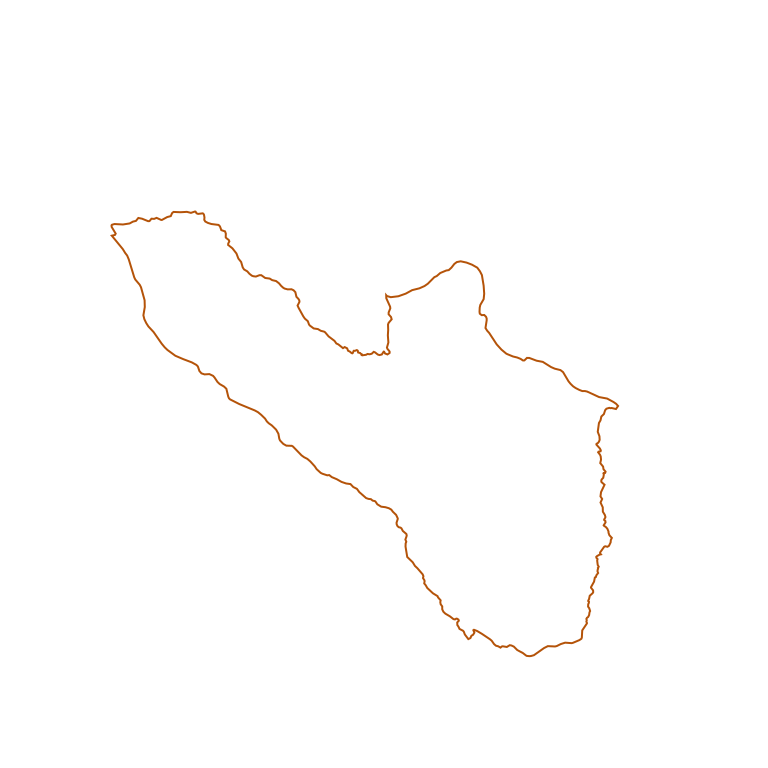 Valparaíso, Antioquia, Colombia (Natural Earth projection), rotated 308°
{"feature_id": "7082276B83090451858896", "entity_name": "Valparaíso", "entity_type": "district", "adm_level": 2, "iso_a3": "COL", "parent_name": "Colombia", "parent_adm1": "Antioquia", "projection": "natural_earth1", "projection_center": [-75.63, 5.665], "detail": "fine", "context": "isolated", "style": "outline", "palette": "amber", "viewbox_px": 768, "rotation_deg": 308, "n_neighbors": 0, "source": "geoboundaries", "source_scale": "gbopen_adm2", "svg_char_len": 6148}
<svg xmlns="http://www.w3.org/2000/svg" viewBox="0 0 768 768"><g transform="rotate(308 384 384)"><path d="M234.9,607.5L237.0,608.5L239.4,607.9L241.3,608.6L243.7,608.3L245.0,606.0L245.7,606.2L245.9,606.8L246.7,609.5L247.4,615.0L248.1,624.7L248.0,626.9L246.8,630.9L246.7,633.4L247.6,635.4L248.0,638.1L249.6,638.4L250.4,639.0L252.4,642.7L255.6,643.9L256.4,645.4L257.0,648.0L256.4,652.9L257.5,659.1L257.5,662.9L257.6,663.8L258.9,665.9L260.0,667.2L262.6,669.1L274.5,672.7L278.3,674.5L282.5,680.4L283.9,681.5L287.9,683.4L291.7,686.0L295.3,691.4L296.3,692.2L302.4,695.6L304.8,696.4L306.0,696.0L311.9,691.9L320.2,691.3L320.6,691.1L321.3,689.8L322.7,689.2L323.5,688.1L324.7,687.9L326.1,688.3L328.2,687.9L330.6,686.5L332.0,686.2L333.7,683.7L334.2,681.9L336.2,680.5L337.6,680.2L338.6,679.6L338.7,678.5L339.1,678.3L340.7,678.0L343.8,676.5L347.6,677.2L348.8,677.0L350.1,675.8L350.9,672.6L351.3,672.2L357.6,671.2L361.3,669.3L362.2,669.8L364.1,669.1L366.9,669.1L367.7,667.7L369.0,666.8L370.3,666.4L370.7,665.8L372.2,665.7L373.0,663.8L376.1,660.7L377.5,660.1L377.8,658.4L378.4,657.7L379.5,657.8L382.2,658.9L383.3,659.8L383.6,658.6L384.3,658.0L391.3,657.7L392.3,658.2L393.3,660.3L395.0,660.9L398.7,660.1L400.7,658.8L403.0,658.3L403.6,654.7L405.0,652.5L406.0,651.7L407.5,649.0L407.9,646.7L407.7,644.8L407.9,644.1L411.3,643.8L412.3,642.8L412.4,641.2L412.8,640.9L415.1,640.6L415.6,640.3L416.8,638.6L418.1,635.1L421.5,632.3L423.9,627.6L427.7,626.7L428.7,623.8L432.4,621.6L440.4,619.8L440.6,615.8L441.3,614.9L442.7,614.3L445.1,614.5L448.0,613.0L448.7,611.9L449.1,611.9L450.1,613.0L451.3,612.6L452.0,609.4L453.8,607.5L454.8,603.1L458.0,601.6L460.3,599.4L461.2,597.9L462.0,594.8L462.7,594.7L464.3,596.1L465.2,595.7L466.1,593.8L467.0,588.7L467.7,588.3L469.3,588.9L470.9,588.9L472.8,588.3L475.5,585.9L477.9,581.9L485.6,577.4L488.6,577.0L492.2,575.3L495.7,575.8L499.5,574.4L501.5,574.5L503.9,576.2L504.4,577.4L505.2,578.1L507.1,582.2L510.8,582.0L511.3,579.1L511.1,575.9L509.9,568.8L506.1,561.5L503.1,548.7L502.1,546.6L500.5,544.6L499.6,541.6L498.8,537.5L498.6,534.4L499.0,530.9L499.7,527.8L503.6,517.8L503.6,514.5L501.2,509.1L500.2,505.2L499.2,495.5L496.3,489.9L494.0,482.5L492.6,480.6L489.0,480.1L488.1,479.0L487.9,476.2L486.9,472.7L485.1,468.7L483.5,463.0L483.2,461.7L483.4,455.4L484.6,448.4L489.0,435.4L489.5,432.5L490.6,429.5L497.4,425.7L498.8,424.6L499.8,423.0L500.1,420.5L498.4,418.6L498.4,416.2L499.6,414.9L503.1,412.4L505.6,411.2L512.2,410.3L516.8,407.4L522.8,402.0L530.1,394.1L531.9,390.2L533.1,385.9L532.2,379.9L530.5,374.3L527.9,368.9L524.9,366.3L521.9,365.5L517.2,365.5L513.6,364.9L511.8,363.2L506.1,360.0L501.5,359.1L499.2,357.9L490.0,356.8L486.1,355.6L481.2,353.0L475.3,348.4L468.6,345.5L462.0,341.3L456.6,335.9L455.1,332.1L455.3,331.1L453.0,333.0L448.7,341.2L447.5,342.4L443.3,343.6L441.8,344.7L441.1,348.3L439.7,350.2L435.1,350.0L433.4,350.5L429.2,354.0L424.7,357.1L419.4,361.9L414.5,363.9L413.8,365.1L413.2,367.9L412.8,368.7L411.9,369.3L409.4,368.5L408.7,366.0L409.5,364.2L409.3,363.8L405.9,364.1L404.0,362.6L403.4,361.0L403.4,357.4L403.0,356.1L400.3,355.7L398.6,354.4L397.5,352.5L396.0,351.9L393.2,349.2L393.1,348.7L393.6,348.6L393.8,348.1L393.5,347.1L393.7,346.1L392.9,344.2L394.1,342.8L394.0,341.7L392.3,340.7L391.5,339.7L389.1,340.3L388.6,340.1L388.4,339.2L388.5,337.1L388.1,335.2L389.4,333.0L388.9,330.3L387.0,329.6L387.1,323.7L386.6,321.5L387.5,318.5L387.4,311.0L388.5,305.7L388.4,304.6L387.0,301.4L386.6,298.1L384.5,294.4L384.4,289.6L384.7,288.3L386.6,285.3L386.8,281.4L387.6,278.8L391.4,269.9L392.6,267.6L396.7,266.8L397.8,265.7L398.4,264.1L398.8,261.3L401.8,257.6L402.2,255.0L401.7,252.8L399.3,249.9L398.0,246.9L397.8,245.3L398.0,242.5L398.7,239.3L398.7,235.6L397.0,231.9L396.7,229.0L394.4,225.1L394.2,220.3L393.1,218.9L389.8,216.9L388.5,214.7L388.0,213.2L388.0,210.1L388.6,206.9L388.1,203.2L388.9,200.9L392.2,196.3L393.2,192.0L396.0,187.4L397.6,181.0L397.6,175.6L398.7,174.8L401.2,174.3L401.9,173.0L401.9,169.8L402.2,168.9L405.1,166.8L406.4,164.8L405.1,161.1L407.2,157.7L407.5,155.7L403.8,149.5L402.5,146.0L402.0,143.1L402.7,141.3L404.7,140.0L406.5,138.0L406.9,137.0L406.9,136.1L403.6,132.8L403.1,131.2L403.8,129.4L403.6,128.9L400.0,126.5L398.3,122.7L394.0,117.8L390.0,112.2L388.2,111.8L385.0,112.6L382.1,110.4L376.6,108.0L376.1,107.4L374.9,102.5L372.6,101.2L371.1,99.0L368.0,98.9L367.1,97.9L365.3,91.6L363.6,88.2L359.8,88.1L357.4,86.2L353.9,84.7L349.0,80.1L344.1,73.1L342.0,71.6L341.3,71.6L340.1,72.7L337.3,80.0L335.8,80.2L333.3,78.2L329.5,95.1L327.9,99.4L327.1,102.5L325.1,106.1L314.3,121.5L313.2,123.7L311.8,130.4L310.6,133.0L302.6,143.8L297.4,148.1L290.0,152.1L287.5,155.3L285.6,159.2L284.3,162.9L283.1,170.4L278.9,184.0L277.9,188.6L277.5,192.4L277.8,202.2L280.0,210.5L282.7,219.2L283.5,224.2L283.4,225.8L283.0,226.9L280.6,230.5L280.0,233.6L281.1,236.7L284.3,240.3L285.2,244.3L284.8,246.4L283.1,251.5L282.8,254.5L283.5,259.5L283.2,262.7L278.2,269.0L277.3,270.6L277.1,272.1L279.1,282.3L283.6,298.4L284.2,302.0L284.1,306.2L283.5,311.6L282.4,314.7L282.1,317.4L282.3,321.0L281.6,327.1L279.8,331.4L276.4,335.2L275.5,336.8L275.1,339.3L274.8,341.6L275.3,345.0L278.5,349.4L278.7,350.7L277.0,362.9L277.1,366.1L277.8,369.7L277.6,373.7L276.5,380.1L275.4,383.4L275.0,388.9L275.4,390.8L277.1,395.5L278.5,396.9L278.5,400.2L279.9,405.4L280.7,410.8L282.3,415.4L284.5,419.2L283.9,423.2L284.7,427.2L283.6,431.1L283.1,440.1L283.9,442.5L285.2,444.6L285.1,446.8L286.1,448.9L286.1,449.7L285.1,452.8L285.6,457.3L287.8,461.0L289.1,464.3L289.5,467.1L288.8,469.6L288.3,474.2L286.6,477.5L286.2,477.9L282.4,479.3L281.3,480.3L280.4,481.9L280.2,483.7L281.0,485.5L281.0,486.6L279.8,489.3L279.6,493.9L278.7,495.1L277.7,495.6L274.6,496.6L273.4,498.7L271.7,499.2L269.1,501.1L262.0,508.8L261.2,516.4L259.7,520.4L259.4,523.7L257.8,531.7L256.8,533.4L255.1,534.2L254.2,536.7L253.6,537.4L251.6,538.5L251.2,540.5L249.9,543.7L249.2,551.4L249.8,556.8L249.1,558.0L248.4,561.8L246.7,562.7L245.3,564.3L244.6,566.8L242.3,568.6L241.1,571.0L240.8,573.7L241.5,579.0L241.5,583.5L242.2,584.9L243.6,585.4L244.0,586.0L244.2,587.7L243.5,588.7L241.2,588.5L239.2,590.2L238.7,591.9L237.5,594.3L238.2,598.1L238.0,599.3L236.4,601.9L234.9,607.5Z" fill="none" stroke="#b45309" stroke-width="2"/></g></svg>